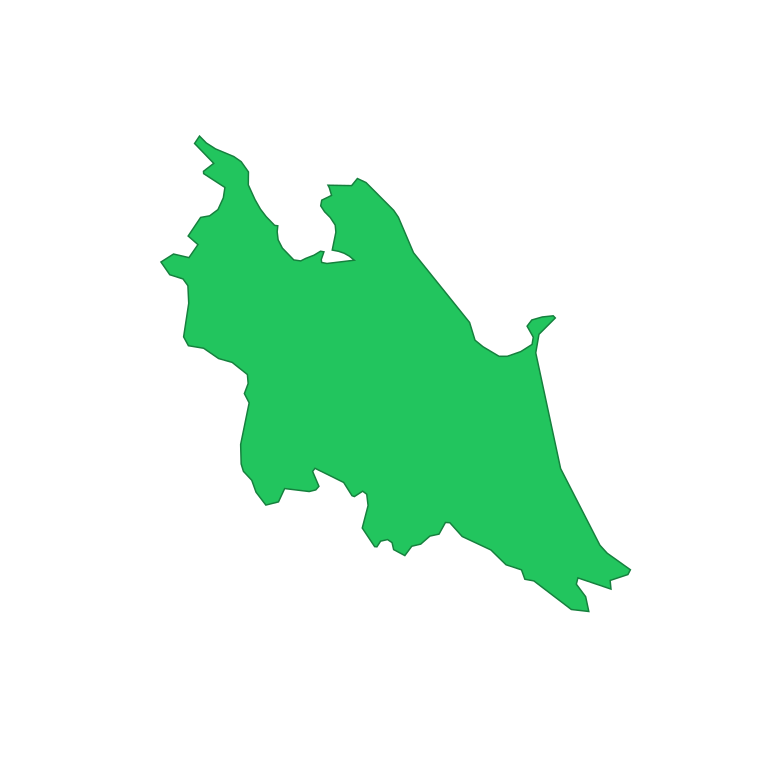 outline of Dorset, rotated 226°
{"feature_id": "GBR-2051", "entity_name": "Dorset", "entity_type": "Administrative County", "adm_level": 1, "iso_a3": "GBR", "parent_name": "United Kingdom", "parent_adm1": "", "projection": "equal_earth", "projection_center": [-2.221, 50.805], "detail": "fine", "context": "isolated", "style": "filled", "palette": "green", "viewbox_px": 768, "rotation_deg": 226, "n_neighbors": 0, "source": "natural_earth", "source_scale": "10m", "svg_char_len": 1844}
<svg xmlns="http://www.w3.org/2000/svg" viewBox="0 0 768 768"><g transform="rotate(226 384 384)"><path d="M690.5,423.5L680.8,423.6L670.2,426.1L651.8,434.0L643.1,435.7L630.7,433.8L621.5,424.7L606.3,419.3L595.7,416.6L586.3,415.5L578.7,415.5L574.1,415.5L571.6,417.5L567.7,412.9L561.3,408.0L552.4,405.3L542.3,405.3L535.9,405.3L530.4,409.6L528.7,415.0L525.3,423.1L523.6,430.6L520.8,432.6L517.1,425.3L514.7,423.6L510.3,426.7L493.7,448.6L500.0,447.9L505.7,446.2L511.0,443.5L516.3,439.8L526.6,454.8L532.2,459.3L541.1,461.0L549.1,460.9L556.1,462.2L559.5,466.9L556.1,477.3L563.2,481.0L565.9,481.8L549.2,498.5L550.3,507.6L541.4,511.0L502.2,511.6L494.0,510.2L457.9,496.4L368.8,488.3L352.3,479.9L342.0,481.1L324.0,486.0L318.3,491.9L312.3,504.9L309.6,518.0L314.0,523.9L326.2,527.1L327.4,534.8L322.3,544.4L315.5,553.1L312.5,553.1L312.1,530.0L301.0,514.8L200.5,452.3L118.0,427.3L107.2,427.0L79.2,432.2L77.5,427.1L85.6,410.2L78.8,404.8L109.8,388.8L106.4,383.3L90.9,381.3L78.1,373.3L91.7,362.1L138.3,355.0L145.7,349.7L154.8,353.8L169.2,346.2L190.4,345.6L220.0,334.3L238.5,335.0L241.7,332.0L237.8,319.3L242.7,311.4L243.3,299.2L248.0,291.3L246.1,279.8L258.2,275.9L264.3,279.6L269.6,278.5L273.3,272.4L271.8,265.8L273.5,264.3L295.5,268.3L307.6,288.1L316.7,295.0L321.7,294.2L323.6,284.5L325.9,283.4L341.2,286.6L371.3,275.8L370.7,271.9L355.6,266.1L355.2,261.4L358.6,255.5L377.8,239.9L372.5,226.2L379.0,214.9L395.1,216.8L406.6,222.0L418.8,222.2L425.7,225.7L440.1,238.9L464.1,273.9L474.1,276.9L478.7,286.6L485.7,292.3L505.0,289.8L517.2,282.7L535.0,279.1L547.4,269.9L557.1,272.6L577.7,299.6L590.9,311.2L599.2,312.4L611.4,305.8L626.7,308.3L623.7,322.9L610.4,331.5L613.5,347.0L626.5,345.9L631.2,367.8L626.1,375.4L624.8,385.7L629.5,397.7L635.9,406.1L660.6,400.4L662.4,401.9L661.0,414.8L688.6,414.8L690.5,423.5Z" fill="#22c55e" stroke="#15803d" stroke-width="1.5"/></g></svg>